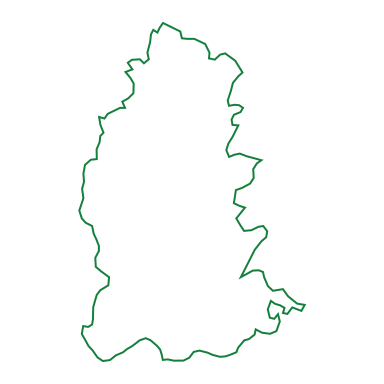 Conselheiro Mairinck, Paraná, Brazil
{"feature_id": "56859067B52916325925510", "entity_name": "Conselheiro Mairinck", "entity_type": "district", "adm_level": 2, "iso_a3": "BRA", "parent_name": "Brazil", "parent_adm1": "Paraná", "projection": "natural_earth1", "projection_center": [-50.121, -23.586], "detail": "fine", "context": "isolated", "style": "outline", "palette": "green", "viewbox_px": 384, "rotation_deg": 0, "n_neighbors": 0, "source": "geoboundaries", "source_scale": "gbopen_adm2", "svg_char_len": 2162}
<svg xmlns="http://www.w3.org/2000/svg" viewBox="0 0 384 384"><path d="M243.0,107.9L239.1,105.2L234.5,104.8L229.0,105.8L227.7,100.6L230.9,90.8L232.9,82.9L238.2,76.4L242.5,72.5L235.2,60.7L225.2,53.4L220.2,54.6L214.8,59.6L209.0,58.4L209.5,52.7L205.2,44.0L194.4,38.9L187.9,38.9L181.9,38.3L180.3,31.5L163.0,23.0L159.7,27.7L157.4,32.6L153.3,29.9L151.0,34.3L150.1,42.1L147.4,52.7L148.8,59.3L143.9,63.3L139.9,59.3L131.9,59.8L127.8,62.8L132.4,69.4L125.5,72.0L130.3,77.8L133.7,83.5L133.4,93.2L128.2,98.4L122.3,101.7L125.0,107.9L120.0,107.9L114.2,110.7L107.7,113.9L104.5,118.5L99.1,117.0L100.4,124.8L103.5,132.7L100.3,136.0L99.6,142.2L96.6,149.3L96.8,159.1L90.9,159.7L85.0,164.9L83.4,173.8L84.0,181.9L82.1,188.8L83.4,198.3L79.3,210.5L81.8,218.4L85.6,222.7L92.1,226.0L93.7,233.7L96.4,239.4L98.9,246.0L98.9,251.0L95.3,257.8L95.8,266.8L101.3,271.5L109.1,277.2L108.3,285.3L100.3,290.2L96.8,294.8L95.1,300.5L93.2,307.4L93.0,319.1L92.1,324.5L88.2,326.9L83.2,326.1L81.8,334.0L84.9,339.4L88.5,346.0L92.6,350.4L97.5,357.4L102.8,361.0L109.9,360.1L115.8,355.4L123.0,352.3L127.1,349.0L131.9,346.3L139.7,340.3L145.8,338.2L150.6,340.3L156.9,345.7L160.1,349.5L161.7,354.5L162.8,359.9L167.8,359.4L174.1,360.7L179.2,360.6L183.5,360.6L189.3,357.7L193.7,351.9L199.5,350.6L207.4,352.6L212.6,354.9L220.0,356.8L225.4,356.4L230.4,354.7L236.3,352.3L238.2,347.6L244.3,340.3L248.9,339.1L254.6,334.6L255.7,329.4L262.0,332.7L270.0,333.8L276.4,331.1L279.8,321.5L278.0,314.2L274.3,318.8L269.8,317.7L267.8,309.3L270.9,300.9L275.0,303.8L280.3,305.4L284.5,307.9L283.0,313.0L287.4,313.9L292.3,307.4L301.4,310.9L304.7,304.9L297.1,303.6L288.0,296.2L282.9,289.1L273.0,290.8L267.9,286.1L264.1,277.1L263.0,272.0L258.8,270.3L252.8,270.6L240.9,277.1L250.4,258.4L254.8,249.7L261.4,241.3L266.2,237.2L267.2,231.2L263.2,226.0L258.4,226.8L251.4,230.2L244.1,230.9L240.6,225.7L236.3,218.4L245.0,207.6L239.5,205.9L233.9,203.2L235.9,190.1L242.1,187.9L250.2,183.5L253.7,177.9L253.2,169.2L256.8,163.5L261.4,160.2L246.6,156.2L239.8,153.6L234.5,154.7L229.1,156.9L226.3,150.1L228.4,143.6L232.7,136.6L238.3,125.4L232.5,124.9L231.6,119.6L233.9,114.8L240.5,112.1L243.0,107.9Z" fill="none" stroke="#15803d" stroke-width="2"/></svg>